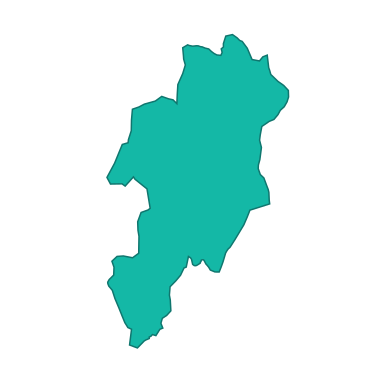 Yewa South, Ogun, Nigeria, rotated 6°
{"feature_id": "59680162B97490121732821", "entity_name": "Yewa South", "entity_type": "district", "adm_level": 2, "iso_a3": "NGA", "parent_name": "Nigeria", "parent_adm1": "Ogun", "projection": "equal_earth", "projection_center": [2.951, 6.767], "detail": "fine", "context": "isolated", "style": "filled", "palette": "teal", "viewbox_px": 384, "rotation_deg": 6, "n_neighbors": 0, "source": "geoboundaries", "source_scale": "gbopen_adm2", "svg_char_len": 2105}
<svg xmlns="http://www.w3.org/2000/svg" viewBox="0 0 384 384"><g transform="rotate(6 192 192)"><path d="M270.5,195.7L269.6,191.8L268.5,184.4L267.5,181.5L266.1,178.8L262.0,170.5L258.1,167.5L255.4,161.8L255.2,158.2L256.1,152.7L256.4,140.5L253.8,133.4L253.9,128.2L254.6,119.5L261.4,113.7L265.9,111.3L269.4,106.1L271.3,101.5L274.8,97.6L277.1,92.4L278.1,87.4L277.2,80.9L272.0,76.4L265.9,73.0L258.1,66.9L256.5,62.9L255.3,60.4L252.5,48.0L248.3,50.2L245.4,54.6L237.9,54.0L231.9,43.2L226.2,37.0L223.6,36.3L220.8,34.0L215.8,31.2L209.3,33.4L207.7,41.2L208.1,44.5L206.1,46.6L207.4,50.0L206.4,53.1L202.4,53.1L199.4,51.9L196.6,50.2L193.7,48.0L190.0,47.5L188.3,47.0L187.0,46.6L185.4,46.6L182.9,46.0L181.2,46.1L177.4,46.9L174.0,46.6L172.3,46.1L167.7,49.5L169.4,58.2L169.8,60.6L172.1,66.4L170.4,75.2L166.7,86.6L167.1,95.7L167.7,105.7L163.5,102.3L159.0,101.8L151.9,100.1L146.0,105.4L135.4,109.6L130.3,113.0L124.1,115.9L124.3,126.7L125.2,137.4L123.3,146.6L123.3,149.7L117.7,152.0L117.5,152.7L112.0,171.5L105.9,186.4L110.1,192.6L121.6,191.2L124.9,193.1L132.2,183.1L134.0,185.3L146.9,193.6L152.1,212.6L150.1,214.5L143.5,217.7L141.1,227.3L142.3,235.8L143.9,241.6L145.4,258.5L139.8,263.6L130.4,262.8L124.2,263.9L119.6,269.2L122.3,275.0L122.8,282.8L118.8,287.7L117.6,290.5L117.9,292.0L119.1,294.3L123.0,298.1L126.5,306.0L131.4,314.9L135.2,322.1L138.9,329.0L142.4,333.5L146.2,334.8L145.9,350.7L154.0,352.8L160.0,345.2L161.5,344.0L164.8,342.2L164.6,340.7L166.2,339.8L167.6,337.9L171.1,338.6L174.4,331.9L177.2,330.4L174.8,325.8L175.7,320.7L179.8,317.3L183.4,312.4L181.7,301.7L180.3,296.9L180.1,288.5L185.1,282.2L189.3,276.0L192.0,268.4L194.1,267.3L195.2,256.5L197.4,257.6L198.5,258.9L200.2,263.9L201.8,264.9L202.9,265.0L204.2,264.6L206.2,263.1L207.6,261.9L207.7,260.7L208.1,260.4L208.3,259.7L208.3,258.9L208.8,258.5L210.2,258.2L211.0,258.6L213.4,262.2L214.7,263.3L216.5,265.1L218.4,267.7L223.2,269.1L227.4,268.7L228.9,263.3L230.1,258.4L231.1,253.1L231.8,249.2L232.9,246.7L234.1,244.6L235.1,243.6L235.7,242.8L239.7,234.8L247.0,219.2L249.5,211.2L251.5,204.0L270.5,195.7Z" fill="#14b8a6" stroke="#0f766e" stroke-width="1.5"/></g></svg>